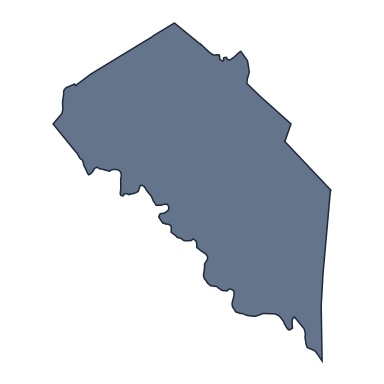 Zvishavane Urban, Midlands, Zimbabwe (Equal Earth projection)
{"feature_id": "62879985B32453879798080", "entity_name": "Zvishavane Urban", "entity_type": "district", "adm_level": 2, "iso_a3": "ZWE", "parent_name": "Zimbabwe", "parent_adm1": "Midlands", "projection": "equal_earth", "projection_center": [30.044, -20.326], "detail": "fine", "context": "isolated", "style": "filled", "palette": "slate", "viewbox_px": 384, "rotation_deg": 0, "n_neighbors": 0, "source": "geoboundaries", "source_scale": "gbopen_adm2", "svg_char_len": 5899}
<svg xmlns="http://www.w3.org/2000/svg" viewBox="0 0 384 384"><path d="M90.6,74.2L75.5,85.6L74.6,84.0L66.1,87.7L65.6,88.1L63.9,90.4L63.7,91.1L63.6,94.6L63.2,97.6L63.0,98.3L62.5,102.9L62.9,109.5L61.9,113.5L54.6,122.1L53.1,124.0L75.9,152.1L77.4,153.4L77.4,153.8L77.7,154.5L78.1,154.9L78.6,156.0L78.9,156.4L79.3,157.3L79.3,157.5L79.6,157.7L80.1,158.5L81.3,159.4L81.8,159.6L82.5,160.4L82.7,160.9L82.7,161.1L83.2,162.4L83.6,164.5L84.3,166.6L84.8,167.3L85.5,168.6L85.8,169.4L86.0,169.6L86.3,170.7L86.7,171.1L86.9,171.8L87.9,173.9L88.4,174.3L88.8,174.8L89.9,174.3L91.0,173.4L91.6,173.0L92.1,172.3L92.3,171.9L93.3,170.6L93.6,170.4L94.0,169.5L94.1,169.3L94.1,168.9L95.0,168.2L96.0,167.7L96.5,167.3L96.9,167.3L97.0,167.5L98.4,167.9L99.6,168.8L99.9,168.8L100.3,169.0L101.8,169.0L103.5,169.6L104.0,169.6L104.7,169.8L104.9,170.0L105.0,170.0L105.4,170.2L106.0,170.2L109.1,171.2L109.6,171.2L110.0,171.0L110.6,170.3L111.5,169.9L111.7,169.7L113.2,169.6L113.7,169.4L114.5,169.4L115.2,169.6L117.3,169.6L118.6,170.2L118.8,170.4L119.5,170.8L120.7,172.3L121.0,173.4L121.0,173.8L121.2,174.2L121.2,176.2L121.0,176.8L121.1,177.7L120.9,178.3L120.7,178.5L120.8,189.7L120.6,190.0L120.6,190.6L120.5,191.0L120.5,191.9L120.3,192.3L120.3,194.3L120.7,194.7L120.7,194.9L120.8,195.3L122.7,196.0L123.0,195.9L123.4,195.5L123.4,195.3L123.6,195.3L124.1,194.2L124.4,193.8L126.8,193.7L127.3,193.9L127.6,193.9L128.1,194.4L128.3,194.4L128.5,194.6L129.7,194.5L129.8,194.3L130.2,194.3L130.9,193.9L131.2,193.9L131.2,193.7L133.9,193.6L134.2,193.2L134.8,193.0L135.4,192.9L136.1,192.7L136.6,192.3L137.6,191.8L137.8,191.8L138.3,191.2L138.6,190.3L138.6,189.9L139.3,188.6L139.3,188.1L139.8,186.9L139.8,186.6L140.0,186.2L140.6,185.3L141.5,185.3L142.5,185.7L143.0,185.7L143.7,186.1L144.2,186.8L144.6,187.0L144.7,187.4L145.3,188.1L145.9,189.3L146.6,190.2L146.8,190.6L147.1,191.0L147.5,191.7L148.0,192.1L149.2,193.8L149.9,194.4L150.4,195.3L150.9,195.7L151.3,196.1L151.6,196.8L151.9,197.8L152.3,198.3L152.6,199.3L152.8,199.6L153.3,201.1L153.7,201.5L154.0,202.1L155.0,203.4L155.4,204.0L155.7,204.5L156.1,205.3L161.3,205.2L163.6,204.3L167.1,204.3L168.0,205.3L168.3,206.0L168.8,206.6L168.8,208.3L168.5,209.2L168.5,209.8L167.2,211.2L167.0,211.4L166.8,211.4L166.5,211.6L166.2,212.0L165.3,212.5L164.6,212.7L163.6,213.4L161.7,213.4L161.2,213.6L160.6,213.6L160.4,213.9L160.2,213.9L159.9,214.1L159.5,214.9L158.9,216.2L158.9,216.7L158.7,216.9L158.7,217.1L162.9,223.3L163.8,222.8L164.8,223.5L165.1,223.9L165.7,224.1L167.7,224.1L168.0,224.3L168.4,224.3L169.9,224.9L170.9,226.2L171.1,226.6L171.3,226.8L171.3,229.8L171.1,230.7L171.2,232.4L175.9,235.8L177.1,237.3L177.8,237.7L180.2,238.1L181.9,239.1L182.1,239.1L182.6,239.8L184.1,240.6L184.6,240.6L185.2,240.8L190.1,240.7L190.6,240.5L191.3,240.5L191.4,240.3L191.6,240.3L191.9,240.0L192.3,239.6L192.8,239.2L193.3,238.9L194.0,239.4L195.9,241.0L196.2,241.7L196.7,243.2L196.8,247.7L197.4,247.9L200.2,250.2L201.0,250.9L202.2,251.5L202.7,251.9L203.1,252.3L203.4,252.5L203.6,252.5L203.8,252.7L204.3,253.0L204.8,253.4L205.6,253.8L206.0,254.2L206.0,254.4L206.3,254.7L207.0,255.5L207.5,257.0L207.5,258.9L207.4,259.4L204.7,263.7L204.7,264.1L204.5,264.6L204.5,268.6L204.4,269.1L204.4,269.5L204.2,269.9L204.2,270.4L204.1,271.0L204.1,271.7L203.9,271.9L203.9,272.7L203.6,273.6L203.6,274.3L203.6,276.8L204.4,278.3L204.4,278.8L204.6,279.2L205.0,279.4L205.3,279.8L205.5,280.2L205.8,280.5L206.5,281.3L206.7,281.7L207.0,282.2L207.0,282.4L207.4,282.6L207.5,283.0L208.4,283.9L209.9,285.1L210.3,285.5L210.6,285.5L211.0,285.8L211.6,286.0L212.5,285.9L213.2,286.1L213.8,286.1L214.2,286.3L215.2,286.3L217.1,286.7L218.4,288.0L220.7,289.5L221.0,289.9L222.4,290.5L224.8,290.7L225.4,290.9L227.0,290.9L227.3,290.6L227.8,290.0L228.0,290.0L228.0,289.8L228.1,289.6L230.2,288.9L230.7,289.3L232.1,289.7L232.4,289.9L232.7,289.9L233.8,291.2L233.8,291.4L234.1,292.3L234.1,293.8L234.0,294.2L234.0,295.7L232.3,302.4L232.1,302.8L232.2,305.9L232.3,306.1L232.7,306.9L232.9,307.1L232.9,307.6L234.1,309.0L234.6,310.1L234.9,310.5L235.1,311.0L235.8,311.8L236.6,312.4L237.3,312.4L238.7,312.8L239.5,313.3L240.4,313.5L242.8,313.6L246.0,315.1L248.4,315.7L249.4,315.7L250.1,315.9L251.8,315.9L252.3,316.1L253.0,316.1L253.7,316.3L255.5,316.2L256.0,316.0L256.4,316.0L263.3,313.5L274.2,313.8L274.7,314.0L275.4,314.0L277.6,315.2L278.8,315.6L279.3,316.3L279.7,316.5L282.9,320.5L283.4,321.4L283.9,322.0L284.6,324.4L285.5,325.4L285.7,325.8L286.0,326.3L286.0,326.5L286.4,327.3L287.0,328.2L287.4,328.4L288.1,329.2L288.2,329.7L288.6,329.9L289.3,329.9L289.8,329.6L290.5,329.6L290.6,329.4L292.3,328.3L292.3,328.1L292.5,328.1L292.5,327.2L292.3,327.0L292.1,320.4L292.4,319.1L292.6,319.1L294.4,316.9L302.7,327.1L303.2,327.5L303.5,327.9L304.4,329.6L304.6,330.5L304.9,331.6L305.3,333.5L305.3,335.4L305.1,335.9L305.1,336.9L305.0,337.1L305.0,337.4L306.2,344.7L306.4,345.3L306.7,345.9L306.9,346.6L307.1,346.8L307.1,347.0L307.2,347.4L307.4,347.6L314.2,350.5L314.9,351.0L315.6,351.8L315.8,351.8L322.1,361.0L321.2,305.5L323.0,274.0L330.4,190.8L330.6,190.8L330.9,190.2L284.7,141.4L284.9,141.4L291.0,123.9L260.8,96.9L247.6,84.2L247.3,84.2L246.9,83.3L247.4,78.2L248.1,76.6L249.1,72.5L249.2,72.1L249.2,70.8L249.0,70.4L248.7,68.9L248.7,68.2L248.5,66.7L248.3,66.5L248.3,65.7L248.2,65.2L248.1,64.2L248.0,63.7L248.0,63.3L247.8,62.9L247.8,62.4L247.4,60.9L247.3,60.5L240.9,51.4L240.4,51.4L236.7,54.6L234.2,57.1L230.3,59.7L229.9,59.7L229.4,59.9L229.1,59.9L228.6,59.9L228.1,59.7L227.2,59.1L226.9,58.7L226.7,58.3L226.7,58.0L226.5,57.8L226.5,57.4L225.2,57.4L223.6,57.9L223.5,58.1L223.5,60.7L223.3,60.9L222.3,60.9L220.9,60.1L220.4,59.9L219.9,59.2L219.9,58.6L219.7,58.2L219.7,57.5L219.6,56.9L219.5,55.8L219.4,55.6L219.4,55.2L219.2,54.9L218.5,54.9L218.0,54.7L216.6,54.8L216.6,55.0L213.9,55.0L213.4,54.8L213.1,54.8L212.1,54.2L211.0,53.3L210.5,53.1L209.5,52.3L208.8,51.9L208.5,51.5L201.3,44.7L200.5,44.0L200.4,44.3L174.4,23.0L153.2,35.8L152.9,36.3L90.6,74.2Z" fill="#64748b" stroke="#1e293b" stroke-width="1.5"/></svg>